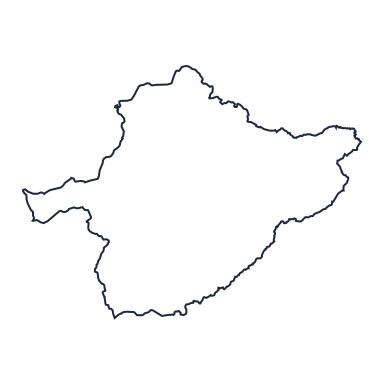 outline of Ribaue, Nampula, Mozambique, rotated 180°
{"feature_id": "85939544B68369930448432", "entity_name": "Ribaue", "entity_type": "district", "adm_level": 2, "iso_a3": "MOZ", "parent_name": "Mozambique", "parent_adm1": "Nampula", "projection": "mercator", "projection_center": [38.027, -15.017], "detail": "fine", "context": "isolated", "style": "outline", "palette": "slate", "viewbox_px": 384, "rotation_deg": 180, "n_neighbors": 0, "source": "geoboundaries", "source_scale": "gbopen_adm2", "svg_char_len": 5949}
<svg xmlns="http://www.w3.org/2000/svg" viewBox="0 0 384 384"><g transform="rotate(180 192 192)"><path d="M114.0,253.3L119.8,254.8L123.7,257.2L124.3,256.6L127.2,257.5L128.0,258.1L127.7,258.8L128.1,259.2L132.6,261.8L136.2,262.3L136.6,263.0L135.9,264.6L136.6,267.8L135.3,269.2L137.0,273.9L138.2,274.8L140.5,275.4L142.1,277.7L144.3,279.5L146.3,280.2L146.8,279.6L146.9,277.6L147.7,277.1L149.2,277.0L149.8,277.9L149.1,279.9L151.1,281.8L152.5,281.5L154.7,282.5L155.9,282.6L157.8,280.8L159.3,281.0L161.7,279.9L162.0,280.1L163.8,281.8L163.6,282.5L162.4,283.6L162.4,284.3L164.6,285.0L166.3,287.2L167.6,287.2L171.3,285.9L174.5,285.6L174.8,286.3L174.3,286.9L173.6,289.8L171.6,291.9L171.2,294.9L171.5,297.5L172.6,297.8L174.2,297.2L177.5,300.0L178.9,300.5L180.4,300.2L182.4,302.0L182.4,302.7L181.4,304.0L181.5,305.4L183.9,308.7L184.4,310.3L186.0,311.4L188.7,314.4L191.8,315.0L192.8,316.0L195.8,317.7L197.7,318.0L199.7,317.7L202.3,316.8L204.8,313.2L205.7,313.0L206.6,313.5L208.1,312.8L210.3,307.5L212.2,301.3L212.9,300.5L216.4,299.5L228.6,299.1L231.5,298.6L232.8,298.9L234.3,300.3L236.8,300.8L240.5,299.1L243.3,298.7L245.2,297.5L250.3,287.8L252.6,284.4L256.5,283.3L263.5,283.1L264.5,282.6L264.7,282.0L264.5,280.2L263.6,278.7L264.4,277.0L265.6,276.5L266.7,278.8L268.5,278.1L269.0,276.8L267.2,276.1L266.0,274.9L266.0,274.1L266.8,273.3L266.1,272.2L266.1,271.3L265.0,270.1L262.9,269.3L259.9,265.5L259.5,262.6L260.0,261.7L261.7,261.0L262.4,258.2L262.2,256.7L260.2,252.9L260.8,247.9L261.9,246.5L261.9,245.9L261.3,245.4L263.5,242.2L264.3,238.5L266.1,236.4L269.9,233.7L270.9,230.7L272.7,228.2L274.0,227.3L277.8,226.9L280.1,225.2L281.0,223.6L281.4,220.7L284.4,213.4L285.1,208.0L286.3,205.2L294.1,203.3L298.8,201.7L298.9,202.1L300.0,202.5L303.1,203.1L308.6,202.3L309.4,203.3L310.2,205.4L312.8,206.2L313.2,205.2L318.9,201.2L321.1,198.2L323.1,196.5L334.0,193.9L339.1,190.8L339.6,190.1L341.7,191.3L343.2,191.5L346.6,190.2L350.9,190.3L356.1,192.4L358.9,194.7L360.9,194.0L361.0,192.9L359.9,191.2L357.7,188.9L357.4,187.4L357.5,185.1L356.4,180.9L353.3,174.4L351.0,171.9L351.0,168.8L350.0,166.0L350.3,164.6L351.4,163.2L351.0,163.1L347.1,164.0L343.5,161.8L340.5,160.9L336.6,162.7L324.7,172.8L323.2,173.2L321.1,172.2L319.1,171.9L316.1,173.4L315.0,175.0L310.0,176.6L307.5,175.8L305.4,175.8L301.7,176.9L299.3,174.1L296.0,173.8L292.9,166.9L293.4,165.5L297.3,162.7L297.0,161.9L295.7,161.4L295.4,160.6L295.8,156.2L295.3,154.3L294.4,153.0L292.0,151.3L288.8,150.1L287.0,150.1L285.4,148.0L282.7,147.8L280.6,144.4L277.8,144.7L276.4,144.3L275.3,143.3L275.1,142.1L276.2,140.5L276.2,139.6L280.0,136.3L280.6,132.9L282.6,130.5L284.1,125.6L285.8,123.1L286.6,120.0L287.4,119.3L287.6,116.6L289.1,114.9L289.1,112.8L288.8,112.2L287.0,111.7L286.4,111.0L285.8,106.1L285.0,103.6L282.4,100.5L280.6,99.8L279.6,98.4L279.4,95.8L278.6,93.4L279.0,92.9L280.7,92.5L281.4,91.4L280.0,87.8L279.3,87.3L279.6,86.1L279.1,84.9L278.5,80.1L278.0,79.3L275.6,78.7L275.2,76.4L274.6,75.3L272.9,75.2L271.5,74.0L270.7,69.8L269.3,66.0L265.4,69.4L263.6,70.1L260.6,71.9L257.0,72.3L250.3,71.9L249.4,71.5L247.1,68.9L242.3,68.7L240.7,69.3L239.1,70.7L235.5,71.8L232.9,74.0L231.3,73.7L222.1,68.1L214.9,69.2L213.0,69.1L212.2,69.5L210.5,69.1L209.5,70.1L209.6,71.3L209.3,72.0L208.0,72.6L206.7,72.4L205.7,73.0L205.0,72.9L203.4,71.2L203.6,70.0L203.2,69.4L200.4,69.0L198.3,69.9L197.6,71.4L197.7,74.9L198.7,76.5L198.8,77.5L197.9,79.5L195.5,79.8L192.6,81.1L190.8,81.2L190.6,82.9L190.0,83.2L188.9,82.7L186.1,82.4L184.4,80.5L183.5,80.6L183.1,81.9L181.7,83.5L180.5,86.5L179.7,86.9L177.6,86.1L174.7,87.7L173.4,88.9L172.2,88.2L169.9,88.7L168.7,91.4L167.3,92.2L165.2,94.4L165.7,95.3L165.6,96.3L163.3,95.9L161.1,96.6L160.3,94.9L159.5,94.8L157.2,97.4L156.3,97.4L153.8,99.5L153.2,102.1L150.3,103.4L148.9,107.3L147.2,107.1L146.1,108.7L144.9,109.0L144.7,110.1L143.7,111.1L141.8,112.1L139.9,114.4L138.9,114.7L138.2,114.3L136.4,115.6L135.3,115.7L135.5,116.9L135.2,118.0L131.2,119.6L131.4,120.5L129.7,121.3L128.8,122.3L127.9,124.8L126.4,125.8L124.2,125.5L122.7,126.4L122.0,127.5L122.1,129.0L120.5,132.4L119.7,133.7L118.5,134.2L118.6,135.0L117.2,135.9L117.2,136.9L114.5,137.6L113.1,140.4L112.2,140.4L109.7,142.6L110.2,143.2L110.2,144.2L110.1,145.6L109.5,146.2L109.8,148.5L109.2,149.2L109.0,150.4L109.2,151.7L109.8,151.9L109.9,152.7L108.4,154.8L108.0,156.9L107.2,156.8L107.0,157.7L106.1,157.6L106.0,158.4L102.8,162.0L102.9,162.3L102.1,162.8L100.7,162.4L99.9,160.9L98.3,160.9L97.7,161.1L97.6,161.8L95.6,162.8L95.0,164.7L94.2,165.0L93.7,164.5L92.4,164.9L90.5,164.8L90.0,165.5L89.3,165.6L88.0,164.7L88.1,163.1L84.7,162.5L82.6,162.8L78.9,166.6L77.9,166.9L75.5,166.6L73.4,167.9L71.2,167.9L69.5,170.1L64.1,172.2L61.0,174.5L58.4,175.2L56.7,177.2L55.4,177.8L54.7,178.6L53.1,178.8L52.2,179.4L51.8,182.4L50.9,182.1L45.9,190.3L42.1,193.3L40.3,193.4L40.6,195.2L40.3,198.0L37.1,201.3L35.6,205.7L35.9,206.6L37.3,207.1L38.4,208.8L39.6,208.8L40.5,209.4L41.3,210.1L41.6,211.3L42.4,211.9L42.3,213.3L43.1,214.3L43.9,217.2L46.9,220.5L46.6,221.0L46.5,223.4L45.1,223.6L43.1,225.0L41.2,225.7L39.2,229.9L36.9,228.3L35.7,229.8L32.2,232.3L30.9,234.1L27.2,234.0L26.8,234.7L27.0,236.1L25.9,238.3L23.0,242.3L24.7,243.5L25.2,245.0L25.9,245.2L26.3,244.9L26.9,245.7L28.2,245.5L29.0,246.7L28.8,248.0L29.5,247.8L29.6,248.3L28.3,249.5L29.4,250.3L29.2,250.9L29.5,251.1L28.8,251.5L29.0,252.0L28.4,252.1L28.3,252.7L29.1,253.3L29.7,255.0L30.9,255.6L31.7,255.2L32.5,255.5L33.8,254.8L34.4,255.7L35.8,255.4L36.7,255.8L37.3,255.5L39.5,256.0L40.7,255.8L43.1,256.2L43.5,257.0L44.3,257.1L45.1,256.4L47.2,258.2L48.0,257.7L48.1,256.5L48.7,257.5L50.2,257.9L55.6,256.8L56.7,255.6L57.7,255.5L59.5,254.4L61.9,251.1L63.4,250.8L68.6,248.3L72.4,249.0L73.2,249.6L77.0,249.7L78.3,249.2L80.5,249.3L81.2,248.3L82.5,247.8L83.7,248.3L85.3,247.3L87.0,246.9L87.8,246.0L89.0,246.5L90.7,246.4L91.2,247.7L93.9,249.6L94.3,251.0L96.0,250.7L96.4,251.7L98.1,253.2L99.6,253.5L101.4,255.7L102.9,255.6L103.7,254.5L105.5,253.6L107.3,251.9L108.6,253.9L109.6,253.4L114.0,253.3Z" fill="none" stroke="#1e293b" stroke-width="2"/></g></svg>